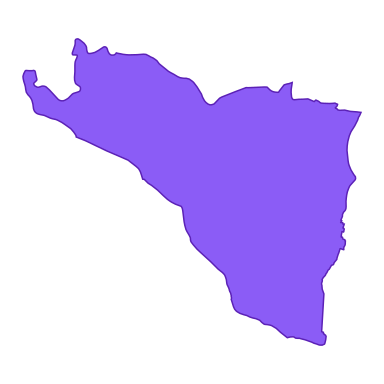 Pho Si Suwan, Si Sa Ket, Thailand (Albers equal-area conic projection)
{"feature_id": "78962969B41493060584817", "entity_name": "Pho Si Suwan", "entity_type": "district", "adm_level": 2, "iso_a3": "THA", "parent_name": "Thailand", "parent_adm1": "Si Sa Ket", "projection": "albers", "projection_center": [104.076, 15.228], "detail": "fine", "context": "isolated", "style": "filled", "palette": "violet", "viewbox_px": 384, "rotation_deg": 0, "n_neighbors": 0, "source": "geoboundaries", "source_scale": "gbopen_adm2", "svg_char_len": 5746}
<svg xmlns="http://www.w3.org/2000/svg" viewBox="0 0 384 384"><path d="M116.3,52.9L115.7,53.8L114.9,54.5L114.1,54.9L113.1,55.1L111.5,55.1L110.4,54.6L109.3,53.7L108.0,51.4L107.1,48.5L106.6,47.7L106.2,47.3L105.4,46.9L104.6,46.8L103.6,47.0L98.5,50.4L94.9,52.4L93.1,52.9L91.0,53.4L89.3,53.5L88.9,53.5L88.1,53.2L87.8,52.9L87.3,52.1L86.8,50.3L86.6,48.8L86.5,47.2L85.8,45.6L84.1,43.3L81.7,41.3L79.8,39.8L78.1,38.9L77.1,38.9L76.1,39.2L75.6,39.6L75.2,40.5L75.2,43.4L75.0,44.7L74.9,45.3L72.3,53.0L72.3,53.9L72.5,54.5L73.0,54.9L76.5,55.0L77.1,55.2L77.3,55.7L77.3,56.2L76.7,58.1L75.7,60.2L75.2,61.8L75.0,63.3L74.9,65.3L74.9,71.7L74.5,77.2L74.6,80.1L75.1,82.0L75.4,83.0L75.9,83.8L77.2,84.8L79.8,86.5L80.4,87.5L80.5,88.6L80.4,89.7L80.1,90.5L79.8,91.0L79.2,91.5L77.3,92.2L73.7,93.3L72.4,94.0L68.4,98.1L66.4,99.4L64.7,100.3L63.2,100.8L61.4,100.8L59.7,100.4L58.1,99.3L49.5,90.0L46.1,86.9L44.8,86.3L43.5,86.1L42.1,86.1L38.7,87.2L37.8,87.3L36.7,86.9L34.7,85.8L34.0,84.7L33.7,83.9L33.8,83.4L34.2,82.8L36.4,80.7L36.8,80.1L36.9,79.5L36.7,78.5L35.8,74.7L35.3,72.0L35.0,71.1L34.5,70.7L33.7,70.4L32.0,70.7L29.3,70.7L26.7,70.5L26.0,70.5L25.5,70.6L25.2,70.9L23.8,73.6L23.0,76.3L23.1,77.9L23.3,79.2L23.8,81.4L24.7,84.2L25.4,86.9L25.7,89.3L26.3,92.2L27.9,94.7L29.5,96.4L30.7,98.0L31.9,100.3L32.9,104.1L33.5,108.7L33.9,109.9L34.6,111.4L35.5,112.4L36.6,113.3L38.1,114.0L40.3,114.6L43.4,115.2L44.5,115.5L50.3,118.1L52.2,118.7L55.9,119.5L57.8,120.3L61.8,122.4L64.9,124.5L70.8,128.7L73.8,132.2L75.1,134.1L75.8,135.2L76.0,135.6L76.1,136.0L76.2,137.0L85.4,140.7L106.7,150.9L128.0,160.1L136.1,166.4L138.3,168.4L139.0,169.3L140.4,171.9L141.5,175.2L142.7,179.2L144.3,179.4L144.4,179.5L148.1,183.2L151.6,185.4L157.6,190.1L163.3,195.6L167.4,199.3L170.2,201.3L171.8,202.3L175.5,204.2L181.1,206.3L181.9,207.5L182.4,208.8L182.8,211.0L184.1,221.6L184.8,225.3L185.7,228.5L185.9,229.3L186.9,231.4L189.2,235.3L190.2,237.4L190.4,238.1L190.5,240.0L190.9,241.5L191.3,242.2L193.2,244.7L197.1,249.2L200.2,252.1L210.8,261.8L218.1,269.1L222.4,272.5L224.3,274.5L224.9,275.5L225.6,277.3L226.3,279.5L226.8,283.3L227.1,284.6L227.9,286.2L228.9,288.4L229.0,288.9L229.2,289.3L229.4,290.4L229.8,291.5L230.4,292.6L230.8,293.7L231.0,295.0L231.3,295.5L231.2,296.3L231.3,296.9L231.4,297.2L231.5,297.9L231.5,298.4L231.2,299.3L232.7,304.1L233.5,306.7L234.6,309.1L236.0,310.8L237.1,311.7L240.0,313.4L244.1,314.8L246.8,315.5L249.8,317.0L252.9,318.0L256.0,318.7L258.2,319.6L259.8,320.3L261.8,322.4L264.0,324.1L264.9,324.4L267.3,324.6L270.0,325.1L271.6,325.6L276.3,328.4L280.5,332.3L287.3,337.7L290.2,337.0L293.1,336.8L294.1,337.1L295.4,338.0L295.6,338.1L297.5,338.3L299.5,338.3L301.1,338.8L305.1,339.8L311.9,342.2L313.9,343.2L316.6,344.0L319.2,345.0L320.6,345.1L322.3,345.1L323.6,344.5L324.5,344.1L324.9,343.2L325.3,341.5L325.7,339.8L326.1,336.4L325.6,335.3L325.5,335.1L324.1,334.4L323.9,333.8L323.9,333.6L323.4,333.3L323.3,333.2L323.4,332.3L323.2,332.2L321.7,331.7L321.7,330.6L323.9,293.9L322.5,290.0L322.2,289.0L322.1,287.8L321.9,285.2L321.6,284.4L321.6,283.0L322.0,282.1L322.3,280.9L322.3,279.9L322.1,279.3L322.2,279.2L322.8,278.4L323.2,277.6L323.5,277.3L325.1,275.6L325.6,274.8L326.1,273.5L326.8,272.8L327.3,271.7L328.0,270.3L328.5,269.7L329.2,269.3L331.3,265.6L331.7,265.2L332.8,264.9L333.5,264.5L333.6,264.2L334.2,262.6L336.8,259.4L337.0,258.0L337.3,257.0L337.7,255.8L338.2,254.2L338.7,253.1L339.0,252.2L339.5,250.5L340.1,248.7L340.4,248.6L343.5,249.7L343.8,249.6L343.8,249.4L343.7,248.3L344.0,246.9L344.8,245.6L345.1,244.8L345.3,243.5L345.3,242.6L345.4,241.1L345.4,240.9L344.9,240.7L344.8,239.7L344.7,239.6L344.1,239.5L343.0,239.1L342.8,238.6L342.5,237.3L342.4,237.2L341.4,237.1L341.2,236.9L341.4,235.9L341.3,235.3L341.7,233.3L342.0,231.7L343.3,231.9L343.5,232.0L343.7,231.8L343.9,231.0L343.9,230.4L344.2,229.6L344.0,228.5L343.8,228.4L343.1,228.1L343.0,227.8L343.2,227.4L343.4,226.4L343.8,225.6L344.2,224.1L343.4,224.1L343.1,224.1L343.0,223.9L342.8,222.9L342.7,222.7L342.2,222.8L341.5,222.4L341.0,222.5L340.8,222.5L340.7,222.3L340.8,222.1L341.2,221.9L341.4,221.7L341.5,221.3L341.7,220.9L341.8,220.7L341.7,220.6L341.0,220.4L340.9,220.1L342.4,216.5L342.5,214.9L342.5,214.5L342.8,213.8L343.4,212.5L343.8,211.9L344.7,211.0L345.4,210.0L345.9,208.7L346.0,207.8L346.1,206.6L346.0,201.2L346.3,198.0L346.7,195.0L347.4,191.7L348.9,187.7L349.9,185.7L351.5,183.9L354.4,180.7L355.1,179.9L355.4,179.3L355.6,178.6L355.5,177.6L355.4,176.7L353.8,174.6L351.0,170.0L349.2,165.6L348.6,163.7L348.1,160.8L347.0,150.4L347.2,146.0L347.8,141.6L349.3,135.8L351.0,131.7L354.7,125.9L357.6,120.2L358.6,117.1L359.5,115.8L360.4,113.8L361.0,112.4L357.1,111.9L350.6,111.4L349.5,111.2L344.7,110.1L339.7,110.3L338.1,110.0L337.6,109.6L337.2,109.0L335.6,108.2L335.4,107.9L335.5,107.8L335.6,107.6L337.2,105.8L337.6,104.3L337.3,104.1L336.1,103.7L335.0,103.1L333.3,103.3L329.7,103.5L323.5,103.3L321.2,103.1L320.1,102.6L319.0,101.6L318.4,101.2L316.0,100.1L315.8,100.1L315.6,100.2L314.3,101.5L314.0,101.5L308.7,99.2L307.9,98.9L303.1,99.2L298.8,99.3L294.8,99.7L294.0,99.7L292.9,99.4L292.3,98.7L291.6,97.2L291.1,92.4L291.2,89.3L292.0,84.1L292.2,82.5L289.1,83.6L286.9,84.0L285.3,84.5L284.3,84.8L284.0,85.0L279.4,90.9L278.8,91.9L278.6,92.2L278.2,92.3L277.1,92.3L275.0,92.1L273.2,91.7L271.5,91.0L269.7,89.7L267.5,87.5L267.0,87.1L264.5,87.0L248.2,87.7L246.1,87.6L236.0,91.4L221.8,97.0L219.6,98.2L214.5,103.5L213.8,104.1L211.3,104.8L209.9,104.8L208.1,104.1L206.1,102.6L204.5,100.8L202.6,97.3L201.4,94.0L197.1,87.0L193.7,82.5L192.4,81.3L189.3,79.1L186.3,78.3L184.9,78.3L183.1,78.2L180.1,77.7L177.6,76.6L173.8,74.3L170.4,72.5L168.4,71.3L159.2,63.8L156.9,60.7L155.3,59.5L153.1,58.0L150.4,56.8L149.3,56.1L146.0,54.4L143.5,54.2L136.9,54.7L128.9,54.9L126.2,54.7L122.9,54.3L120.6,53.8L117.8,53.3L116.3,52.9Z" fill="#8b5cf6" stroke="#5b21b6" stroke-width="1.5"/></svg>